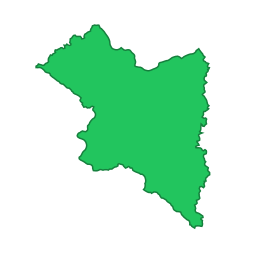 the district of Serra do Salitre, Minas Gerais, Brazil, rotated 265°
{"feature_id": "56859067B6682563181647", "entity_name": "Serra do Salitre", "entity_type": "district", "adm_level": 2, "iso_a3": "BRA", "parent_name": "Brazil", "parent_adm1": "Minas Gerais", "projection": "orthographic", "projection_center": [-46.658, -19.126], "detail": "fine", "context": "isolated", "style": "filled", "palette": "green", "viewbox_px": 256, "rotation_deg": 265, "n_neighbors": 0, "source": "geoboundaries", "source_scale": "gbopen_adm2", "svg_char_len": 5833}
<svg xmlns="http://www.w3.org/2000/svg" viewBox="0 0 256 256"><g transform="rotate(265 128 128)"><path d="M196.2,41.7L196.0,43.3L196.0,45.3L195.3,47.0L194.1,48.3L192.7,49.6L191.1,50.5L190.3,52.0L189.9,53.3L189.5,54.4L188.4,55.2L187.2,55.3L186.4,56.2L185.3,57.2L184.2,58.6L183.4,59.4L182.5,60.4L181.2,61.7L180.2,63.4L178.5,64.4L177.6,65.9L177.3,67.3L174.8,69.5L173.6,70.4L173.0,71.6L172.7,73.2L171.6,73.9L170.7,74.8L169.6,75.2L168.8,76.2L167.6,76.7L166.6,78.0L166.0,79.3L165.2,80.6L164.3,81.9L162.1,83.9L161.0,83.3L159.9,82.6L158.7,83.0L157.7,83.9L156.8,84.9L155.7,84.3L154.4,85.0L152.6,85.8L152.8,88.0L151.5,89.2L151.6,90.5L151.4,91.7L152.2,92.7L152.8,94.2L152.1,95.7L150.8,95.3L149.9,94.6L148.6,94.7L147.6,95.7L146.4,96.3L145.1,96.8L143.5,96.7L141.8,96.0L140.8,95.0L140.0,93.4L138.4,91.7L136.9,90.5L135.0,89.5L133.8,88.0L132.5,87.8L130.2,87.8L129.1,87.2L128.0,85.6L128.5,83.6L129.0,82.4L128.4,80.9L127.6,79.7L127.2,78.3L126.1,77.3L124.6,76.7L123.3,77.3L122.6,78.2L121.9,79.3L121.2,81.0L120.5,82.3L119.9,83.2L118.6,84.2L117.5,84.8L116.3,85.1L115.2,85.3L114.0,85.3L112.4,84.9L111.0,84.2L110.0,83.5L108.9,82.0L107.8,80.8L105.5,79.4L104.1,78.4L103.1,76.8L101.6,76.7L100.3,77.9L99.3,79.6L98.2,81.2L97.4,82.2L96.5,83.1L95.5,84.5L95.2,86.6L94.5,88.2L93.6,89.0L92.4,89.4L90.8,89.3L88.6,89.8L88.2,91.8L88.1,93.6L88.5,95.2L89.1,96.4L88.8,97.9L88.2,99.4L88.5,101.2L88.3,103.3L87.8,104.9L88.6,105.8L88.6,107.2L88.5,108.4L89.3,109.6L90.2,111.3L90.4,113.1L91.2,114.7L92.6,114.7L93.2,115.9L92.4,118.0L91.9,119.6L90.5,120.3L88.3,122.0L88.8,123.7L89.6,125.1L89.0,126.2L87.9,126.7L87.9,128.3L86.8,128.9L85.4,129.2L84.3,130.7L83.5,132.1L82.0,135.2L80.9,136.5L80.6,138.3L79.3,139.6L77.7,140.6L76.1,140.9L74.4,141.1L72.4,140.8L71.2,140.0L70.0,140.2L68.6,140.0L66.8,139.5L65.3,138.1L64.2,139.4L62.6,141.7L61.9,143.3L61.9,145.1L60.9,145.7L62.0,148.3L61.8,149.8L61.1,151.5L59.7,152.3L58.7,153.6L57.0,154.2L55.4,155.2L55.0,156.9L52.9,159.8L51.6,160.5L50.7,161.4L49.0,163.7L47.0,164.5L46.1,165.6L45.0,165.9L43.4,166.2L42.1,167.0L41.4,168.1L40.6,169.0L40.2,171.4L39.7,173.1L38.4,173.5L37.0,173.9L35.9,174.8L34.5,175.8L31.5,178.8L30.7,180.2L29.9,181.0L28.7,181.2L27.3,181.3L26.2,181.1L25.7,182.4L24.5,183.0L23.6,184.1L22.5,185.7L24.3,186.5L24.5,188.4L24.3,190.5L23.9,191.6L23.6,193.0L24.7,193.6L26.1,193.9L27.8,193.7L29.4,194.1L30.6,192.7L31.8,192.9L32.3,194.9L33.8,194.8L36.5,191.6L37.3,190.1L37.8,188.6L39.2,187.9L40.5,187.7L41.8,188.4L43.9,188.1L45.4,187.6L46.1,189.1L47.1,190.3L50.0,189.9L50.3,191.1L50.8,192.4L51.8,193.4L53.3,193.2L54.4,193.0L55.5,193.1L56.7,193.0L58.0,193.7L59.0,194.6L60.1,194.1L61.5,193.7L63.3,194.6L63.3,196.3L62.0,198.0L63.1,199.1L64.5,199.1L65.8,198.6L67.0,199.6L68.2,199.3L68.4,201.1L70.1,200.8L71.5,201.3L72.4,202.6L73.5,203.6L74.3,205.3L76.6,205.4L78.1,204.1L79.2,203.6L80.3,204.2L81.4,204.5L82.4,203.4L83.1,202.5L83.9,201.5L85.1,201.2L86.3,201.4L87.6,202.5L88.8,201.5L90.8,201.4L92.2,200.7L93.4,200.7L94.9,201.2L95.6,203.7L97.4,204.1L98.6,204.0L99.7,202.8L98.7,201.0L99.9,199.7L101.0,199.4L101.8,198.3L102.1,196.6L102.2,195.3L102.5,193.9L103.7,193.9L104.5,195.6L104.7,197.3L106.3,196.7L107.6,195.7L108.8,195.5L109.0,197.0L109.6,198.3L111.1,198.5L112.6,198.3L113.9,197.7L115.2,197.8L115.9,199.2L116.6,201.5L117.2,199.9L118.1,199.0L119.2,200.0L120.4,200.4L122.5,200.6L124.1,201.0L125.6,201.2L124.4,202.3L123.2,202.8L123.0,204.0L124.3,205.1L125.3,206.6L126.9,206.3L128.7,206.5L130.0,207.1L131.2,206.2L131.0,204.5L132.4,202.8L133.8,203.8L134.8,204.4L136.4,204.4L137.8,204.9L137.8,206.5L138.6,207.5L139.1,208.7L140.1,210.0L140.8,208.9L142.1,209.3L143.1,210.6L143.9,209.8L145.0,209.3L148.7,208.7L150.3,208.0L151.7,207.2L153.0,206.7L153.8,205.6L155.0,205.0L157.2,207.9L158.4,207.7L159.7,207.2L161.2,207.5L163.1,207.0L164.7,207.5L165.5,209.1L166.5,210.5L169.0,208.2L170.8,208.1L172.7,209.0L173.0,210.5L174.1,210.8L175.3,210.4L176.5,211.2L177.2,212.3L178.2,212.9L179.4,212.5L179.7,213.7L181.0,214.3L181.2,213.1L182.4,212.5L183.7,213.0L185.1,214.0L185.7,212.9L186.1,211.6L187.3,210.8L188.4,209.1L189.7,208.9L192.0,210.9L193.0,209.9L193.9,209.2L195.5,208.7L196.5,207.9L199.5,206.0L200.8,205.4L199.8,203.8L199.2,202.7L198.1,202.2L197.2,201.2L196.4,199.7L196.2,198.1L196.2,196.5L195.9,195.0L195.4,193.3L194.8,191.6L194.1,189.9L193.1,188.5L192.6,187.3L193.5,186.4L194.4,185.3L195.2,183.7L195.1,181.5L194.7,179.7L194.3,178.2L192.5,175.2L191.8,173.7L191.7,172.1L191.3,170.2L190.8,168.3L190.5,166.9L190.4,165.6L189.7,164.5L187.2,163.8L186.0,162.6L185.3,161.0L184.8,159.6L184.5,158.3L183.9,156.8L183.4,155.0L183.2,153.4L183.5,152.0L184.0,150.5L184.6,149.2L186.7,147.0L187.4,145.7L187.6,144.2L188.5,141.2L189.3,140.2L190.9,140.5L192.2,141.1L193.5,141.3L195.2,141.0L196.5,140.6L197.6,140.6L198.8,140.9L200.0,140.8L201.2,140.0L202.9,138.3L204.4,137.4L205.5,136.5L205.9,135.2L205.9,133.8L205.6,132.4L206.1,130.8L208.6,128.2L207.4,126.5L206.9,124.4L207.0,122.7L207.4,121.5L207.9,120.3L209.1,118.8L210.9,118.0L212.6,117.4L214.4,117.3L216.0,117.3L217.3,117.0L218.9,116.5L220.3,115.9L221.4,115.3L224.2,113.6L225.6,112.9L226.9,112.0L227.9,111.2L229.2,110.2L230.2,108.8L231.8,108.4L233.0,107.9L233.1,106.5L233.0,105.0L233.5,103.9L232.9,101.5L231.1,100.7L230.1,99.8L229.0,99.3L227.8,99.1L226.9,96.1L225.8,94.6L225.2,93.2L224.1,92.6L222.9,92.2L221.6,92.6L220.9,91.0L220.8,89.7L222.1,89.4L223.4,88.5L223.7,84.5L225.1,83.4L224.9,81.8L223.9,80.8L222.6,79.8L221.8,78.2L220.1,78.0L218.1,77.4L216.9,78.4L215.8,78.3L215.3,77.2L215.9,75.5L216.9,74.4L215.7,73.2L216.0,71.6L214.8,72.1L213.0,72.0L212.7,70.4L213.8,69.2L213.7,67.7L212.9,66.9L212.7,65.5L211.9,64.2L212.1,62.4L210.9,61.8L209.6,62.4L208.8,61.0L208.3,59.6L207.0,58.7L207.5,57.1L205.4,55.7L204.4,54.9L202.6,54.5L200.9,54.6L199.9,53.1L199.4,51.5L198.5,50.5L197.8,49.6L197.9,48.2L198.6,46.8L199.0,45.6L199.6,44.3L198.3,43.4L197.6,41.8L196.2,41.7Z" fill="#22c55e" stroke="#15803d" stroke-width="1.5"/></g></svg>